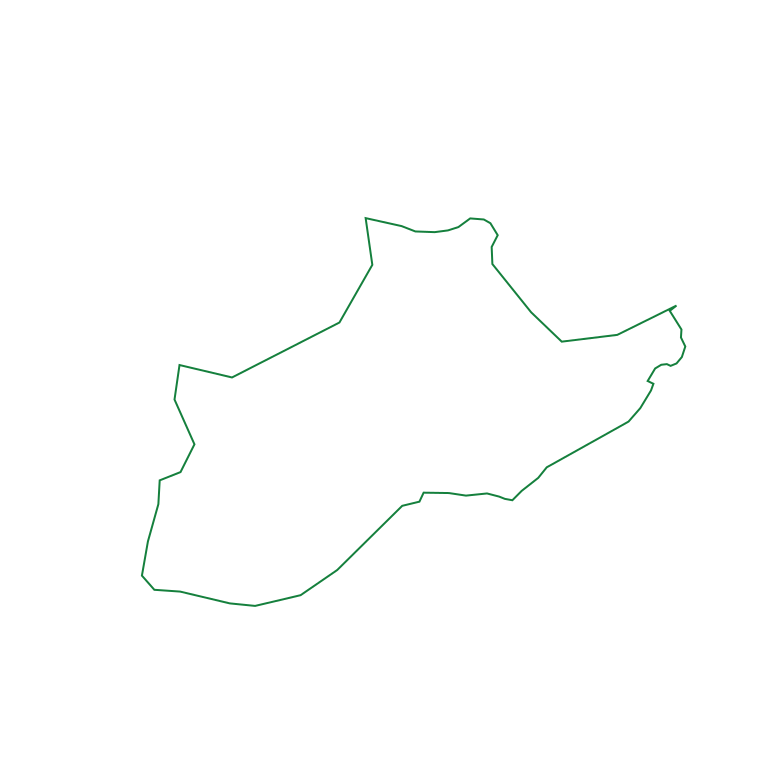 outline of Karsavas, rotated 156°
{"feature_id": "LVA-5744", "entity_name": "Karsavas", "entity_type": "Municipality", "adm_level": 1, "iso_a3": "LVA", "parent_name": "Latvia", "parent_adm1": "", "projection": "equal_earth", "projection_center": [27.571, 56.745], "detail": "fine", "context": "isolated", "style": "outline", "palette": "green", "viewbox_px": 768, "rotation_deg": 156, "n_neighbors": 0, "source": "natural_earth", "source_scale": "10m", "svg_char_len": 905}
<svg xmlns="http://www.w3.org/2000/svg" viewBox="0 0 768 768"><g transform="rotate(156 384 384)"><path d="M399.5,262.1L416.9,265.3L502.4,233.1L546.1,225.0L592.0,233.7L614.1,246.3L654.7,277.3L677.5,289.4L683.1,307.4L663.7,336.2L639.0,366.0L628.1,387.2L605.7,386.3L581.7,406.0L581.7,455.0L563.1,484.5L520.2,451.8L399.7,458.3L346.2,497.6L333.3,543.0L303.7,521.1L293.3,510.6L275.9,502.1L263.1,498.3L252.2,497.1L237.9,500.2L225.9,493.7L221.4,487.6L219.6,473.7L229.9,465.4L236.2,449.5L220.4,389.6L204.4,350.4L150.9,334.0L84.9,336.7L93.2,334.6L90.1,312.8L93.8,305.7L93.5,295.7L100.9,287.5L108.4,283.8L114.8,284.0L117.5,287.1L122.9,288.8L130.0,287.9L141.9,279.5L137.8,274.6L142.7,269.5L159.7,257.7L175.9,250.2L195.4,248.4L269.2,241.7L281.3,235.5L301.6,230.4L314.0,225.6L320.3,229.9L324.6,234.3L334.4,242.1L354.5,248.7L369.1,258.0L392.0,268.6L399.5,262.1Z" fill="none" stroke="#15803d" stroke-width="2"/></g></svg>